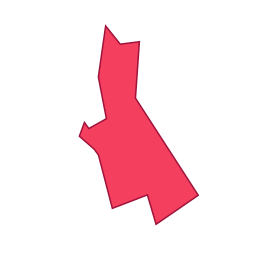 outline of Terekeka, Central Equatoria, South Sudan, rotated 54°
{"feature_id": "79223893B10688999436649", "entity_name": "Terekeka", "entity_type": "district", "adm_level": 2, "iso_a3": "SSD", "parent_name": "South Sudan", "parent_adm1": "Central Equatoria", "projection": "mercator", "projection_center": [31.189, 5.687], "detail": "fine", "context": "isolated", "style": "filled", "palette": "rose", "viewbox_px": 256, "rotation_deg": 54, "n_neighbors": 0, "source": "geoboundaries", "source_scale": "gbopen_adm2", "svg_char_len": 377}
<svg xmlns="http://www.w3.org/2000/svg" viewBox="0 0 256 256"><g transform="rotate(54 128 128)"><path d="M222.4,161.9L223.7,110.7L179.6,108.3L108.2,104.4L64.9,68.1L55.6,85.0L32.3,86.1L63.0,115.9L69.3,122.0L107.8,140.0L105.4,160.0L97.9,160.0L106.1,172.2L125.1,167.8L132.6,167.8L183.8,187.9L193.5,151.6L222.4,161.9Z" fill="#f43f5e" stroke="#9f1239" stroke-width="1.5"/></g></svg>